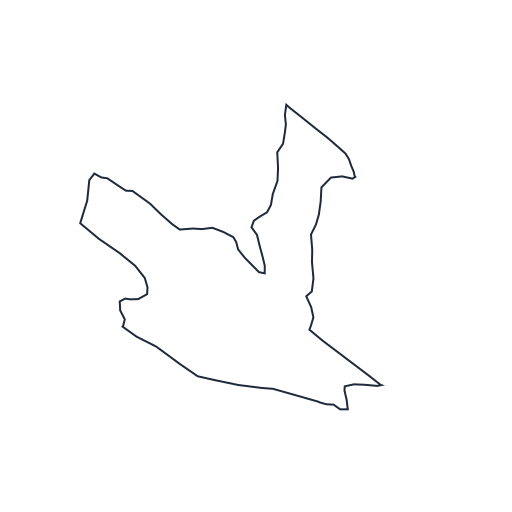 Mora, Dalarna, Sweden (Equal Earth projection), rotated 38°
{"feature_id": "70781695B88380498553182", "entity_name": "Mora", "entity_type": "district", "adm_level": 2, "iso_a3": "SWE", "parent_name": "Sweden", "parent_adm1": "Dalarna", "projection": "equal_earth", "projection_center": [14.299, 61.154], "detail": "fine", "context": "isolated", "style": "outline", "palette": "slate", "viewbox_px": 512, "rotation_deg": 38, "n_neighbors": 0, "source": "geoboundaries", "source_scale": "gbopen_adm2", "svg_char_len": 1526}
<svg xmlns="http://www.w3.org/2000/svg" viewBox="0 0 512 512"><g transform="rotate(38 256 256)"><path d="M186.8,118.2L191.9,127.0L198.6,134.0L203.0,141.4L208.2,150.9L208.9,161.2L219.3,173.2L226.7,183.6L231.1,196.9L236.3,206.5L237.8,214.8L234.8,222.4L232.6,229.5L234.8,236.2L243.7,238.7L252.7,245.8L262.3,253.0L269.0,258.4L273.5,264.3L268.3,266.9L248.2,264.3L237.8,261.8L231.8,257.2L226.6,255.1L215.4,257.2L204.3,260.6L196.8,268.1L189.4,273.2L179.6,282.1L170.7,282.5L155.8,281.7L140.2,280.0L118.6,280.8L113.3,284.6L102.9,285.5L91.0,286.3L85.8,289.3L77.8,290.6L77.9,291.3L77.9,298.8L88.9,316.3L97.3,338.4L121.6,339.2L146.5,337.7L166.8,338.1L181.9,341.8L189.8,347.5L193.7,353.1L189.7,362.5L183.8,367.4L179.2,370.1L176.6,375.7L182.5,382.5L191.6,386.7L194.3,392.8L194.3,393.8L211.5,393.1L233.2,388.8L262.3,388.0L283.7,386.7L284.0,386.7L299.7,379.3L321.4,368.6L341.5,356.6L351.2,350.2L351.4,350.1L394.9,332.4L396.2,332.2L402.6,329.6L408.6,325.4L416.8,325.0L418.5,323.6L422.7,320.3L415.9,313.5L408.5,307.5L406.2,304.1L412.1,296.9L421.0,290.5L431.4,283.8L434.2,280.6L433.6,280.8L418.8,280.8L360.7,281.7L343.5,281.2L343.4,281.0L342.0,276.6L339.0,269.0L330.8,262.2L330.5,262.1L320.4,256.8L321.8,249.6L315.1,238.3L304.0,226.5L296.5,216.5L286.1,205.2L283.9,194.4L280.1,184.8L273.4,173.2L265.3,161.6L266.8,148.0L274.9,140.2L284.5,135.6L285.5,132.6L284.9,132.6L281.2,129.5L275.5,126.3L269.7,122.5L263.5,120.2L251.5,119.4L239.0,118.8L224.5,118.8L200.5,118.5L192.2,118.5L186.8,118.2Z" fill="none" stroke="#1e293b" stroke-width="2"/></g></svg>